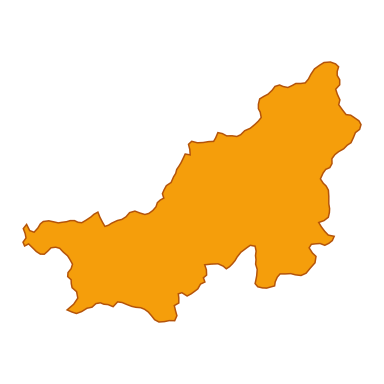 Conceição de Ipanema, Minas Gerais, Brazil (Albers equal-area conic projection)
{"feature_id": "56859067B34184939110586", "entity_name": "Conceição de Ipanema", "entity_type": "district", "adm_level": 2, "iso_a3": "BRA", "parent_name": "Brazil", "parent_adm1": "Minas Gerais", "projection": "albers", "projection_center": [-41.697, -19.901], "detail": "fine", "context": "isolated", "style": "filled", "palette": "amber", "viewbox_px": 384, "rotation_deg": 0, "n_neighbors": 0, "source": "geoboundaries", "source_scale": "gbopen_adm2", "svg_char_len": 3015}
<svg xmlns="http://www.w3.org/2000/svg" viewBox="0 0 384 384"><path d="M266.7,288.1L270.6,287.0L274.6,285.9L275.2,281.9L277.3,277.1L280.1,273.9L285.3,273.9L290.8,273.6L295.3,274.8L301.0,275.5L306.1,273.2L310.2,268.2L315.0,262.8L316.0,256.4L312.4,253.0L309.1,247.8L311.4,244.3L315.7,243.8L320.1,243.5L324.8,245.3L328.9,243.3L332.3,240.6L334.2,236.3L328.3,235.1L324.6,231.2L321.3,226.8L318.7,222.5L324.0,220.6L328.3,217.3L329.4,212.5L329.6,208.6L328.8,203.9L328.8,196.5L328.4,190.2L326.1,186.0L323.3,183.3L320.4,178.9L323.1,173.0L325.7,169.4L329.8,167.6L332.0,163.6L331.9,158.7L334.9,154.6L338.7,151.6L343.7,148.8L347.2,145.2L351.0,142.7L353.4,137.6L355.4,132.6L359.6,129.4L361.0,124.6L359.0,120.9L354.7,117.9L350.7,115.2L346.1,114.6L342.5,110.0L338.7,104.7L339.9,99.9L337.3,94.2L335.7,89.2L339.7,84.8L339.7,79.8L337.2,75.4L337.2,71.4L338.6,66.8L335.6,63.9L330.4,62.0L324.0,62.5L319.8,65.1L314.5,68.9L310.9,74.3L308.4,79.1L305.2,82.9L300.6,83.5L295.8,83.5L292.2,85.5L287.9,87.5L283.1,86.5L279.6,85.0L275.0,86.4L272.1,90.3L268.0,94.2L263.6,96.5L259.7,98.9L258.4,104.2L258.4,108.7L260.2,112.1L261.2,117.5L258.3,121.2L254.7,124.6L250.2,128.3L244.7,130.7L240.7,134.7L236.9,136.5L232.1,135.8L226.7,135.9L222.4,133.6L217.9,132.6L215.6,138.0L213.6,141.4L208.6,141.6L203.3,142.5L197.4,142.8L191.7,141.3L188.5,144.3L189.8,149.5L190.2,154.9L185.2,154.0L182.9,158.9L181.0,162.8L179.0,166.1L176.7,169.5L175.7,173.4L173.6,176.8L171.1,182.5L166.4,185.6L164.2,189.6L162.4,193.7L163.8,198.1L160.3,200.0L157.4,202.6L156.0,206.8L152.8,210.5L148.9,213.4L144.9,214.5L139.9,213.0L134.9,211.1L129.6,212.6L126.0,216.8L121.9,219.4L117.4,220.5L111.6,223.2L108.5,225.2L104.9,226.4L102.4,222.1L99.8,217.0L97.9,212.1L93.9,214.3L91.0,216.9L86.2,220.1L81.8,222.7L78.0,222.3L74.5,220.6L70.2,220.6L66.6,221.7L62.0,222.3L58.3,222.9L54.0,221.9L48.8,220.8L43.3,221.5L40.4,223.8L37.9,228.0L34.1,232.2L29.7,230.6L26.6,224.4L23.3,228.6L25.2,233.7L26.0,238.0L23.0,242.2L24.6,246.0L28.6,243.9L32.5,247.7L36.3,251.5L40.3,254.1L44.3,254.2L47.5,251.4L51.0,247.8L55.7,247.2L59.7,248.3L63.4,252.2L67.6,255.8L70.0,259.6L72.5,264.2L71.1,268.7L68.0,272.6L67.7,276.6L71.1,279.7L71.3,283.7L72.1,287.7L76.6,291.7L77.8,298.1L73.7,304.2L67.1,309.9L71.9,312.0L76.4,313.5L81.6,311.6L87.1,308.2L92.0,307.2L95.9,303.6L100.4,302.8L103.8,304.2L108.1,304.6L113.1,306.7L117.6,301.9L122.1,302.5L126.6,304.4L131.8,306.4L135.9,307.3L140.7,307.7L144.6,309.3L148.3,312.0L151.3,315.5L154.6,319.7L158.9,322.0L164.5,321.6L169.2,320.6L174.7,320.7L176.9,315.7L175.5,310.7L174.3,305.6L178.8,303.0L178.8,297.9L178.3,293.8L181.9,292.7L187.1,296.0L191.2,293.8L194.8,291.2L197.8,288.9L200.5,284.1L204.9,282.0L203.4,277.8L206.6,275.1L206.4,269.8L204.7,264.8L211.0,264.1L218.1,263.8L223.3,266.2L226.3,268.8L229.5,266.7L232.4,263.8L235.1,260.5L237.1,257.0L240.9,252.2L247.0,247.6L250.3,245.3L255.1,246.2L256.1,251.1L255.5,255.6L256.0,259.6L255.6,264.1L257.2,269.4L256.7,275.7L255.9,279.9L255.1,283.6L257.8,286.8L262.4,287.9L266.7,288.1Z" fill="#f59e0b" stroke="#b45309" stroke-width="1.5"/></svg>